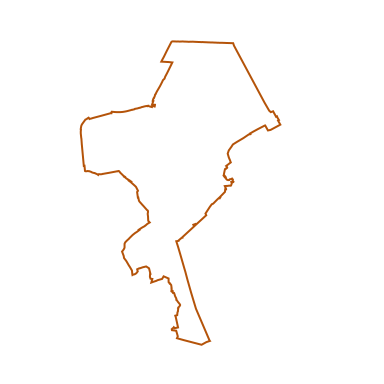 outline of Nijkerk, Gelderland, Netherlands, rotated 78°
{"feature_id": "6326949B35923239833945", "entity_name": "Nijkerk", "entity_type": "district", "adm_level": 2, "iso_a3": "NLD", "parent_name": "Netherlands", "parent_adm1": "Gelderland", "projection": "albers", "projection_center": [5.5, 52.215], "detail": "fine", "context": "isolated", "style": "outline", "palette": "amber", "viewbox_px": 384, "rotation_deg": 78, "n_neighbors": 0, "source": "geoboundaries", "source_scale": "gbopen_adm2", "svg_char_len": 5635}
<svg xmlns="http://www.w3.org/2000/svg" viewBox="0 0 384 384"><g transform="rotate(78 192 192)"><path d="M55.0,120.8L53.2,128.1L52.6,130.4L51.7,134.4L51.5,135.0L51.4,135.7L51.0,137.0L50.7,138.3L50.2,140.1L49.2,144.3L49.0,145.0L48.9,145.4L48.6,146.5L48.2,148.1L47.5,150.7L47.4,151.4L46.4,155.3L45.5,158.7L45.1,160.1L45.0,160.9L44.7,162.1L44.4,164.1L44.1,165.0L43.7,166.5L43.4,167.8L43.2,168.5L42.8,169.9L42.3,172.9L42.1,173.5L41.9,174.2L41.6,175.8L40.7,179.3L40.6,180.1L41.0,181.0L49.2,187.7L53.8,191.3L56.6,193.7L58.1,194.9L59.2,190.9L60.1,187.6L61.2,184.3L70.6,191.7L73.7,194.3L75.4,195.3L76.6,197.2L78.0,198.2L81.7,201.2L86.1,205.2L87.4,206.3L88.8,207.3L88.8,207.5L89.0,207.8L89.8,208.2L90.2,208.3L92.1,209.6L92.0,209.8L92.5,210.2L92.6,210.3L93.5,210.9L94.7,211.5L95.0,210.9L98.2,212.9L98.5,211.9L99.0,210.1L99.9,210.4L100.5,210.7L100.2,211.1L100.4,211.2L99.4,212.9L99.5,212.9L100.6,213.5L100.3,214.1L99.7,215.3L98.7,217.0L98.7,217.6L98.8,217.8L98.7,218.0L98.5,217.8L98.4,219.4L98.4,220.8L98.5,222.4L98.5,223.6L98.7,224.6L98.8,225.5L98.8,225.9L98.7,226.0L98.9,227.9L98.8,230.6L99.1,231.0L99.2,233.4L99.1,233.5L99.1,234.0L99.2,234.6L99.4,238.6L99.4,240.6L99.3,242.7L99.2,243.7L98.9,246.0L98.3,248.7L97.7,251.0L96.8,253.8L97.2,254.2L97.7,254.1L98.2,254.4L98.0,254.8L98.6,265.3L99.0,273.3L99.2,275.3L99.2,276.6L99.3,277.1L98.3,277.4L97.8,277.7L98.4,279.3L98.6,279.5L98.9,280.5L99.0,281.2L101.7,284.2L102.8,285.4L103.6,286.1L104.4,286.6L105.9,287.2L107.4,287.8L107.7,287.6L109.6,288.2L111.4,288.6L116.1,289.1L116.9,289.1L121.9,289.8L122.4,289.9L122.7,289.9L144.0,292.4L144.0,291.7L149.2,292.3L149.5,292.0L149.7,291.3L149.8,290.5L149.8,290.1L149.8,289.6L150.0,289.1L150.2,288.7L150.4,287.9L150.7,287.6L150.9,287.2L151.4,286.4L152.0,285.8L152.3,285.3L152.9,284.2L153.1,283.6L153.2,283.2L153.7,282.8L154.1,282.1L155.1,280.8L155.4,280.5L155.8,280.2L155.6,280.0L155.2,279.7L155.2,279.3L155.6,278.0L155.8,276.8L155.8,276.1L155.7,275.5L155.8,275.0L155.8,274.7L155.8,274.3L155.8,274.2L156.0,269.0L156.2,259.9L156.3,259.9L156.3,259.2L156.5,259.0L157.2,258.6L158.3,258.1L159.9,257.0L162.5,255.3L162.8,255.4L163.0,255.2L162.7,254.9L163.0,254.6L163.1,254.8L165.0,253.5L167.4,251.0L167.7,251.5L168.6,250.8L168.6,250.5L168.4,250.1L169.3,249.2L169.8,249.7L174.0,246.6L175.4,245.7L179.6,244.6L180.1,245.1L180.6,245.7L186.2,246.1L186.2,245.7L189.5,245.7L190.6,245.3L193.2,243.8L193.6,243.6L195.6,242.4L199.5,240.2L200.8,239.4L201.0,239.1L201.3,239.1L202.0,239.1L202.4,239.2L204.2,239.9L206.8,240.1L207.4,240.2L211.0,240.8L211.3,240.7L213.0,239.7L213.7,241.8L214.1,242.7L215.2,244.6L215.2,244.9L215.6,245.5L216.3,247.9L216.7,249.0L217.6,251.3L218.0,252.2L218.4,252.1L218.5,251.9L219.1,253.2L219.6,254.3L220.3,256.2L221.7,259.0L224.0,262.6L224.2,262.9L224.9,263.8L225.0,264.1L226.2,266.1L226.4,266.4L226.7,266.8L227.0,267.3L227.4,267.8L227.9,268.2L228.4,268.6L228.9,268.8L229.4,268.9L232.2,269.5L232.8,269.8L233.4,270.3L233.7,270.5L235.0,271.9L235.7,272.8L239.7,272.2L240.3,272.1L242.3,272.2L242.7,272.1L245.0,271.0L246.2,270.5L251.1,268.9L251.5,268.7L252.0,268.5L256.2,267.1L256.8,267.1L260.2,267.5L260.8,267.5L260.5,266.7L260.6,266.1L260.5,265.0L260.1,263.9L259.9,263.4L258.9,262.2L258.4,261.6L256.2,261.7L255.7,259.6L255.8,259.4L255.7,259.1L255.8,258.9L255.4,255.9L255.3,252.3L257.7,249.9L263.0,249.7L262.9,249.9L265.8,250.7L266.4,250.8L268.2,250.6L268.8,248.9L272.1,250.6L271.8,248.4L271.5,245.5L271.1,243.9L270.8,239.3L270.7,239.2L268.6,237.3L271.7,232.9L275.2,233.6L275.3,233.5L277.2,232.8L277.3,232.5L277.2,232.4L278.7,231.7L281.7,231.9L281.8,232.1L282.7,232.1L284.9,232.8L285.0,232.7L284.6,232.2L284.6,231.9L284.7,231.5L284.8,231.5L285.0,231.5L286.3,231.7L286.6,231.6L286.9,231.5L287.0,230.6L288.5,230.3L289.5,230.3L290.8,230.1L291.5,229.9L292.5,229.6L293.5,229.5L294.2,229.8L294.6,229.4L296.6,228.6L298.7,227.5L299.8,227.1L300.1,227.1L300.8,227.6L301.6,228.5L302.1,229.4L302.4,229.6L302.5,229.4L304.0,230.0L305.1,230.4L305.9,230.6L306.4,231.0L306.6,231.2L309.4,232.1L309.5,234.1L309.8,234.1L310.2,233.9L321.6,233.8L321.6,237.2L320.5,237.9L320.9,238.3L321.5,239.6L321.9,240.0L322.0,240.3L323.0,240.3L324.4,236.3L330.2,235.9L331.9,237.1L335.3,230.6L343.4,214.4L342.5,211.4L341.8,209.1L341.4,205.5L341.0,205.7L307.0,212.4L290.2,213.8L276.7,214.7L268.6,215.1L264.9,215.4L252.2,216.3L243.0,217.0L236.9,217.6L237.0,215.3L236.6,215.2L234.8,211.9L234.7,210.8L234.2,210.8L226.1,197.1L224.3,197.5L224.0,195.4L225.0,195.3L217.7,182.9L215.9,183.3L213.8,181.2L210.2,177.6L208.1,175.2L207.8,173.7L204.5,168.7L203.2,166.5L203.8,166.1L203.1,165.4L202.7,165.7L198.7,159.7L196.3,159.0L196.5,158.1L196.1,158.0L193.0,158.7L193.0,158.4L193.3,156.8L193.4,156.3L193.5,154.4L193.8,153.3L193.9,152.7L193.7,152.4L192.8,151.9L191.9,151.3L191.5,151.3L190.4,151.5L190.4,151.4L190.9,149.6L190.6,149.3L189.3,149.9L188.4,149.5L188.3,149.8L187.2,150.1L187.5,151.1L187.4,152.2L187.5,152.7L188.0,153.1L187.9,154.2L187.3,155.2L186.7,155.6L186.2,155.9L185.9,155.9L185.3,155.9L184.6,155.9L183.9,156.2L183.5,156.4L184.1,157.0L182.5,157.7L182.3,157.5L180.3,156.7L176.5,155.0L176.5,154.2L176.3,153.9L175.9,153.0L175.6,152.6L175.0,152.9L174.8,152.6L174.7,152.6L174.2,152.6L173.6,153.1L171.1,147.9L170.1,148.1L169.0,148.2L168.0,148.4L166.0,148.8L161.9,149.1L159.5,147.7L158.9,147.3L156.1,144.2L154.0,142.1L152.4,137.8L151.8,136.0L149.8,130.1L149.7,129.9L147.5,124.5L147.4,123.8L147.6,123.5L147.6,122.9L146.8,123.0L146.7,122.6L145.7,119.6L144.3,114.9L142.1,106.9L142.1,106.6L147.6,104.9L147.6,102.2L144.5,91.6L140.0,93.0L139.7,92.0L137.5,92.8L135.6,93.2L135.9,94.1L129.9,95.9L130.3,98.3L128.5,99.6L119.6,102.5L57.6,120.5L55.0,120.8Z" fill="none" stroke="#b45309" stroke-width="2"/></g></svg>